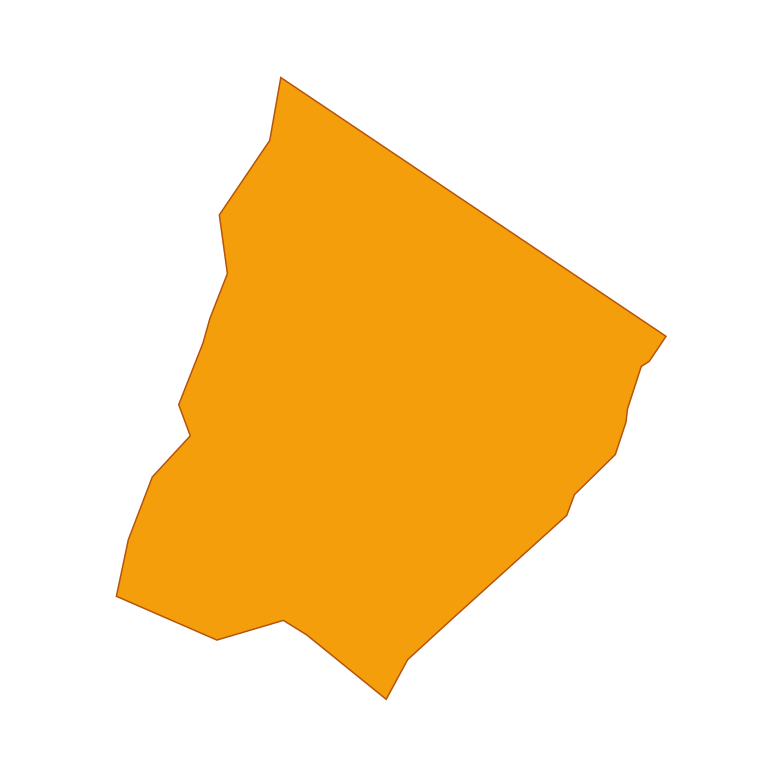 Clarke, Virginia, United States of America (Natural Earth projection), rotated 355°
{"feature_id": "52423323B97176580342978", "entity_name": "Clarke", "entity_type": "district", "adm_level": 2, "iso_a3": "USA", "parent_name": "United States of America", "parent_adm1": "Virginia", "projection": "natural_earth1", "projection_center": [-77.999, 39.122], "detail": "fine", "context": "isolated", "style": "filled", "palette": "amber", "viewbox_px": 768, "rotation_deg": 355, "n_neighbors": 0, "source": "geoboundaries", "source_scale": "gbopen_adm2", "svg_char_len": 503}
<svg xmlns="http://www.w3.org/2000/svg" viewBox="0 0 768 768"><g transform="rotate(355 384 384)"><path d="M307.9,69.7L291.4,131.4L234.7,201.2L237.6,260.4L216.3,303.5L207.2,327.5L177.7,386.7L186.5,418.7L145.1,456.4L115.7,516.9L98.9,572.2L195.2,624.5L263.1,610.7L285.0,627.1L358.7,698.3L383.5,660.7L433.0,622.7L554.6,530.8L564.1,510.8L608.3,474.4L621.8,442.9L624.3,430.3L639.1,395.4L641.8,389.0L650.3,384.4L669.1,361.1L308.5,70.2L307.9,69.7Z" fill="#f59e0b" stroke="#b45309" stroke-width="1.5"/></g></svg>